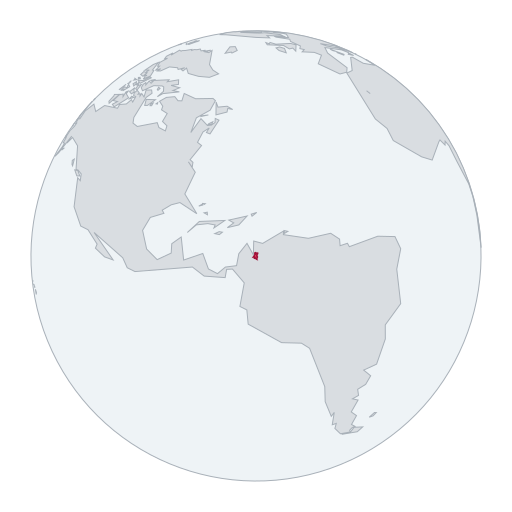 globe centered on Mérida, rotated 332°
{"feature_id": "VEN-27", "entity_name": "Mérida", "entity_type": "State", "adm_level": 1, "iso_a3": "VEN", "parent_name": "Venezuela", "parent_adm1": "", "projection": "orthographic", "projection_center": [-71.244, 8.52], "detail": "fine", "context": "on_globe", "style": "filled", "palette": "rose", "viewbox_px": 512, "rotation_deg": 332, "n_neighbors": 0, "source": "natural_earth", "source_scale": "10m", "svg_char_len": 9103}
<svg xmlns="http://www.w3.org/2000/svg" viewBox="0 0 512 512"><g transform="rotate(332 256 256)"><circle cx="256" cy="256" r="225" fill="#eef3f6" stroke="#a8b0b8"/><path d="M229.1,256.5L223.8,254.0L218.6,260.6L200.8,249.4L194.7,235.9L141.8,212.9L136.8,205.9L137.5,195.0L124.1,159.2L128.0,192.4L121.9,185.7L117.9,173.7L121.3,170.9L120.0,153.9L115.3,147.3L118.5,127.1L135.3,103.2L136.2,107.0L140.2,101.5L139.3,96.7L137.8,95.0L150.2,74.9L149.7,65.3L142.1,67.5L149.6,63.6L130.2,72.2L125.1,73.6L135.4,69.1L140.0,66.5L138.9,65.5L143.4,62.7L145.4,60.9L150.8,57.9L156.4,56.3L160.0,54.5L159.0,54.1L163.9,51.3L164.8,52.2L173.3,47.7L184.2,45.8L182.3,53.2L193.0,52.1L203.1,60.5L206.7,58.2L212.9,60.9L219.4,59.5L219.4,62.2L224.6,58.9L223.3,56.8L225.1,54.8L228.9,54.0L229.5,57.0L227.8,57.8L229.9,58.4L228.7,60.3L231.4,58.9L231.8,63.0L236.9,57.9L241.8,60.4L240.6,63.5L233.5,64.4L213.2,76.3L209.8,80.9L212.0,85.9L231.4,91.9L230.6,97.0L234.7,103.0L238.5,99.2L236.6,93.3L244.5,88.5L241.2,82.6L244.0,80.0L243.5,74.1L251.3,73.9L259.1,77.2L260.0,82.3L263.4,84.2L268.9,78.8L276.5,88.8L292.0,96.7L293.1,99.8L284.0,105.7L268.2,106.0L256.4,116.4L271.9,108.9L274.4,118.0L278.1,119.5L282.5,118.9L284.6,115.4L287.1,118.7L272.7,126.6L270.2,123.7L274.8,121.0L267.4,121.6L257.7,128.2L259.8,132.9L243.0,140.0L244.3,143.7L241.3,147.7L240.5,141.1L241.7,153.5L222.3,167.8L223.6,190.9L213.9,173.1L205.2,171.0L194.7,171.5L194.7,175.1L180.8,172.3L167.9,180.1L162.7,198.5L167.0,212.8L182.5,213.6L187.4,205.6L198.9,204.1L190.2,225.6L210.2,228.8L207.9,245.1L213.7,253.5L223.8,251.4L234.3,255.4L241.9,245.9L254.0,240.6L254.2,253.8L261.0,241.7L267.8,248.0L292.0,246.9L290.2,250.0L310.6,265.0L332.6,271.0L337.7,280.3L335.1,286.4L342.7,287.7L342.8,291.6L372.8,295.7L387.8,304.1L387.2,317.5L374.1,333.7L361.4,366.0L337.8,377.5L331.2,390.0L311.7,408.1L297.5,407.3L301.0,415.6L292.6,420.8L283.2,421.4L281.1,427.2L274.1,427.4L278.5,431.1L266.9,438.4L269.8,444.1L261.2,449.6L263.4,452.8L260.3,452.7L256.9,453.8L256.6,455.6L247.1,452.6L244.7,445.3L248.3,441.5L244.1,440.8L251.7,430.8L247.2,432.9L248.7,417.1L255.4,403.6L260.0,362.7L255.2,354.3L237.9,344.5L217.1,312.5L222.6,299.3L218.1,293.0L233.0,274.2L229.1,256.5ZM43.9,186.8L45.6,181.8L45.0,185.1L43.9,186.8ZM46.4,178.6L45.8,180.3L46.2,178.9L46.4,178.6ZM46.5,177.5L46.4,178.3L46.3,177.9L46.5,177.5ZM46.4,176.7L46.6,176.9L46.5,177.1L46.4,176.7ZM222.2,198.9L245.2,210.0L232.0,211.5L234.5,209.4L228.7,204.8L217.9,200.5L206.4,203.0L222.2,198.9ZM47.1,173.9L47.3,173.1L47.6,172.8L47.1,173.9ZM232.9,186.0L228.9,185.1L232.9,185.0L232.9,186.0ZM136.4,94.9L138.8,97.0L138.0,102.6L135.4,101.1L136.4,94.9ZM138.7,85.3L141.1,85.1L136.4,90.3L136.5,88.8L138.7,85.3ZM135.6,70.2L136.8,70.7L134.1,71.3L135.6,70.2ZM144.7,61.2L142.9,62.1L144.7,60.8L144.7,61.2ZM239.2,74.7L241.3,74.4L240.3,75.6L239.2,74.7ZM237.1,72.6L234.4,74.3L233.0,73.5L234.7,72.5L237.1,72.6ZM154.7,55.3L158.1,53.4L155.6,55.0L154.7,55.3ZM240.6,70.8L230.8,72.1L228.4,70.8L232.6,66.2L240.6,70.8ZM165.9,49.5L179.4,44.2L167.9,48.9L165.3,50.5L164.2,50.7L160.8,52.2L169.0,48.2L165.8,49.6L165.9,49.5ZM221.3,56.6L222.8,58.7L218.1,57.8L221.3,56.6ZM217.8,56.5L200.8,57.7L200.4,54.6L206.2,54.6L202.9,51.7L211.1,49.5L214.7,50.6L213.4,52.9L217.6,50.4L217.8,56.5ZM185.7,42.2L188.5,41.3L186.6,42.0L185.7,42.2ZM225.5,54.0L222.1,54.3L221.5,51.6L228.2,50.5L226.3,51.7L225.5,54.0ZM198.0,52.2L198.8,50.3L205.6,47.9L206.9,46.9L211.3,49.2L198.0,52.2ZM228.3,51.9L231.7,50.1L235.3,50.8L228.8,53.6L228.3,51.9ZM218.5,51.4L218.6,50.1L220.7,50.4L218.5,51.4ZM250.2,53.0L246.1,52.9L245.5,51.4L250.2,53.0ZM232.7,49.4L231.4,49.2L230.7,48.7L233.6,47.7L232.7,49.4ZM215.8,47.6L218.5,47.1L214.3,46.4L219.3,45.0L221.3,46.9L222.6,45.5L224.1,45.1L224.0,47.2L215.8,47.6ZM234.4,45.5L238.8,48.1L246.5,48.2L247.2,49.5L234.7,49.1L234.4,45.5ZM228.3,46.2L232.3,46.0L231.3,47.4L227.9,48.5L228.3,46.2ZM221.9,43.4L213.8,45.1L213.6,44.7L221.9,43.4ZM236.9,45.1L235.8,44.6L237.6,45.0L236.9,45.1ZM226.8,43.5L223.9,44.1L223.8,43.5L226.8,43.5ZM236.0,43.1L237.4,43.8L235.2,44.5L236.0,43.1ZM231.9,43.0L232.5,42.2L233.5,44.3L230.7,43.3L231.9,43.0ZM227.1,42.9L226.1,42.8L228.3,42.8L227.1,42.9ZM243.6,40.5L245.5,43.0L240.6,44.3L239.4,41.6L243.6,40.5ZM262.9,458.7L247.9,453.7L256.3,456.0L262.2,453.3L270.0,457.0L262.9,458.7ZM280.3,451.5L287.1,449.8L288.7,450.7L284.3,452.1L280.3,451.5ZM425.2,107.3L427.5,110.3L433.6,117.5L436.9,122.0L427.9,111.8L424.1,107.4L412.5,98.7L416.9,103.6L428.1,112.4L427.4,112.3L433.4,120.1L428.2,114.1L414.7,104.3L414.5,110.4L424.8,132.5L422.4,136.3L415.6,134.7L401.2,115.5L408.1,109.4L403.1,103.6L392.6,97.4L395.5,96.4L392.1,93.5L393.8,91.4L387.2,82.7L387.6,80.5L376.4,72.1L375.1,70.2L382.1,75.4L387.2,78.4L387.0,74.5L384.5,72.2L377.2,67.4L378.1,67.4L371.0,63.3L366.7,60.0L366.1,60.9L357.5,56.4L350.2,52.3L347.2,51.2L359.1,58.2L364.0,61.0L368.4,62.9L381.5,72.0L383.4,74.6L369.2,66.6L370.4,69.8L358.8,63.1L333.7,46.8L327.7,43.4L335.3,45.1L342.1,47.8L342.3,47.9L342.5,48.2L349.6,51.1L363.8,58.2L377.4,66.2L390.4,75.2L402.7,85.1L414.4,95.8L425.2,107.3ZM347.9,50.3L345.8,49.4L346.0,49.5L347.9,50.3ZM184.3,42.4L179.4,44.2L165.9,49.5L184.3,42.4ZM458.7,354.3L470.1,323.9L475.4,305.4L477.7,292.3L477.8,266.1L478.2,249.2L476.9,243.4L475.0,246.8L472.9,239.9L471.2,240.9L456.6,254.0L448.8,246.2L431.4,218.5L431.6,204.9L425.7,191.0L422.1,137.1L428.0,137.4L432.8,125.1L434.5,125.8L441.2,136.2L450.6,143.5L445.0,133.8L445.8,134.6L454.1,148.8L461.4,163.5L467.6,178.7L472.7,194.3L476.6,210.2L479.3,226.4L480.9,242.8L481.3,259.2L480.4,275.6L478.4,291.9L475.2,308.0L470.8,323.8L465.3,339.3L458.7,354.3ZM431.2,162.0L433.1,166.2L431.2,162.0ZM292.8,246.7L295.7,249.2L291.8,249.4L292.8,246.7ZM230.1,216.9L234.9,217.2L237.5,219.2L233.7,219.9L230.1,216.9ZM271.4,216.8L277.1,217.9L271.2,219.0L271.4,216.8ZM248.8,211.5L266.9,216.5L255.4,220.5L244.0,217.5L251.9,216.3L248.8,211.5ZM230.4,193.5L233.5,194.4L232.5,196.8L230.4,193.5ZM235.8,186.0L234.6,186.2L233.1,184.2L235.8,186.0ZM275.2,117.5L276.4,117.0L280.9,117.2L278.8,118.8L275.2,117.5ZM300.8,110.2L304.2,115.7L300.3,112.5L298.0,115.3L286.9,112.6L293.1,101.3L292.3,106.7L300.8,110.2ZM273.8,106.7L280.2,109.1L273.0,107.0L273.8,106.7ZM371.4,81.7L375.0,82.5L378.6,86.1L378.1,90.8L372.8,85.4L371.4,81.7ZM379.1,83.0L365.1,74.8L364.9,72.2L367.4,74.9L368.6,74.0L373.0,78.3L386.4,84.6L390.5,88.4L387.3,93.8L386.1,89.7L382.7,88.8L379.1,83.0ZM330.0,64.4L323.9,62.5L331.2,59.1L336.0,61.4L335.9,65.7L330.0,65.5L330.0,64.4ZM250.0,63.0L247.2,63.7L247.0,62.7L249.2,61.3L250.0,63.0ZM248.3,53.1L262.0,59.6L259.5,60.5L270.4,64.1L268.1,68.1L261.1,65.5L267.6,71.6L260.3,70.9L265.4,75.1L250.0,68.9L243.7,69.0L251.6,67.2L253.9,63.4L253.0,61.8L245.7,57.6L233.4,56.8L233.7,53.5L237.2,51.4L240.2,51.1L239.0,53.2L243.9,51.3L244.5,54.2L248.3,53.1ZM278.0,37.7L275.4,38.8L285.2,38.4L286.0,40.0L287.0,39.9L290.4,41.5L296.4,43.5L295.7,44.3L298.3,44.7L300.6,46.1L304.0,47.1L303.8,49.1L308.0,50.6L305.6,50.7L312.7,53.0L307.3,52.2L309.8,54.3L313.7,53.9L304.8,65.2L305.2,71.5L308.5,77.6L298.8,76.4L289.6,70.4L281.9,63.0L282.9,57.5L278.4,58.3L277.5,56.1L281.5,56.3L274.8,54.7L275.2,53.0L268.3,48.4L258.6,47.8L255.9,46.4L259.8,45.9L254.3,44.9L260.0,43.1L258.2,42.2L261.9,39.9L270.7,39.9L268.0,38.9L270.7,37.6L278.0,37.7ZM245.0,39.8L255.3,38.7L260.7,39.3L251.9,43.2L252.8,44.3L247.3,47.5L239.5,46.8L241.8,45.9L242.2,44.8L244.5,45.5L242.9,44.2L246.0,43.0L245.7,41.9L249.1,41.7L245.0,39.8ZM432.2,121.3L432.8,121.0L432.7,119.6L436.4,124.8L432.2,121.3ZM423.2,114.6L423.1,113.4L428.4,119.3L427.8,119.9L423.2,114.6ZM418.5,108.0L422.7,112.9L420.1,110.6L418.5,108.0ZM381.5,74.3L380.8,73.1L382.5,74.1L385.0,76.2L381.5,74.3ZM307.4,39.3L305.0,39.2L303.7,38.8L296.0,37.7L294.9,36.7L299.1,37.0L307.4,39.3ZM439.2,124.8L439.3,125.1L438.3,123.6L438.6,124.1L439.2,124.8ZM304.9,38.1L301.8,37.6L303.1,37.5L304.9,38.1ZM293.7,36.0L294.5,35.7L293.9,36.5L293.7,36.0ZM286.6,33.2L290.2,33.8L289.1,33.8L286.6,33.2ZM187.4,41.5L188.4,41.3L186.0,42.0L187.4,41.5Z" fill="#d9dde1" stroke="#a8b0b8" stroke-width="1"/><path d="M256.1,253.4L256.1,253.2L256.3,253.0L256.5,253.0L256.5,252.9L256.8,252.8L256.8,252.7L257.0,252.7L257.1,252.8L257.3,252.9L257.3,253.0L257.4,253.3L257.5,253.6L257.8,253.8L258.0,253.9L258.0,254.0L258.3,254.1L258.5,254.0L258.8,254.3L258.7,254.4L258.7,254.5L258.4,254.7L258.3,254.8L258.2,254.8L258.1,255.0L257.9,255.0L257.7,255.1L257.5,255.3L257.4,255.5L257.2,255.6L257.0,255.8L257.1,256.0L256.9,256.2L256.8,256.3L256.7,256.5L256.7,256.8L256.8,256.9L256.8,257.0L256.9,257.3L256.8,257.5L256.7,257.6L256.6,257.8L256.3,258.0L256.1,258.1L256.0,258.3L255.9,258.4L255.3,258.8L255.2,258.9L255.1,259.0L255.1,259.3L255.0,259.2L254.9,259.0L254.9,258.8L255.0,258.8L255.0,258.7L255.0,258.4L254.9,258.3L255.0,258.2L254.7,257.8L254.4,257.8L254.2,257.8L254.1,257.7L253.9,257.4L253.7,257.4L253.5,257.2L253.7,256.9L253.8,256.8L253.8,256.7L253.7,256.5L253.9,256.2L254.0,256.2L253.9,256.1L253.8,255.9L253.8,255.7L253.7,255.7L253.3,255.6L253.5,255.5L253.6,255.4L253.8,255.4L253.8,255.5L254.0,255.6L254.2,255.4L254.3,255.3L254.3,255.2L254.6,255.0L255.6,254.2L255.8,254.1L256.0,253.9L256.1,254.0L256.3,254.1L256.4,253.9L256.4,253.7L256.2,253.5L256.1,253.4L256.1,253.4Z" fill="#f43f5e" stroke="#9f1239" stroke-width="1.5"/></g></svg>